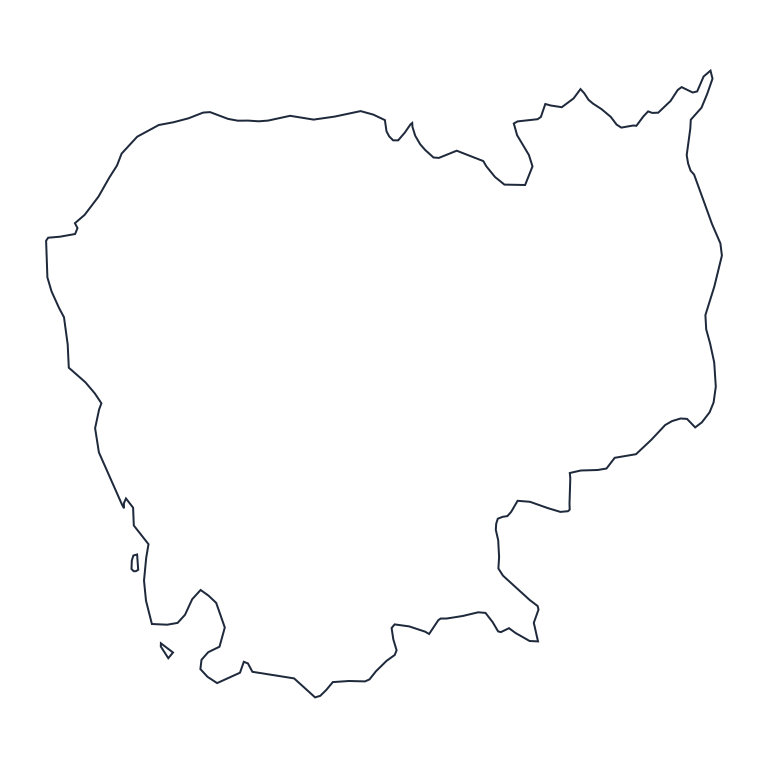 Cambodia, Robinson projection
{"feature_id": "KHM", "entity_name": "Cambodia", "entity_type": "country or territory", "adm_level": 0, "iso_a3": "KHM", "parent_name": "Asia", "parent_adm1": "", "projection": "robinson", "projection_center": [105.132, 12.558], "detail": "fine", "context": "isolated", "style": "outline", "palette": "slate", "viewbox_px": 768, "rotation_deg": 0, "n_neighbors": 0, "source": "natural_earth", "source_scale": "50m", "svg_char_len": 2749}
<svg xmlns="http://www.w3.org/2000/svg" viewBox="0 0 768 768"><path d="M710.5,70.6L712.5,78.7L707.2,93.9L701.5,107.7L690.8,119.7L690.3,128.6L686.7,155.1L688.1,163.5L690.6,170.7L694.1,174.6L703.5,200.5L712.0,224.0L720.4,243.4L721.9,255.6L714.3,286.6L705.4,315.1L706.2,329.3L710.1,343.5L714.2,362.4L715.8,386.7L713.6,402.4L709.6,412.3L701.9,422.3L695.2,427.4L687.0,418.9L680.6,418.5L672.0,421.1L665.2,425.0L651.3,439.8L636.0,454.2L614.7,457.8L606.5,468.5L597.6,470.0L580.8,470.5L569.8,473.0L570.3,478.4L569.5,503.7L569.7,509.6L568.0,511.2L560.4,511.9L547.5,508.0L530.0,501.8L517.6,500.8L511.2,511.8L507.4,516.1L502.7,516.8L497.8,518.7L496.2,523.7L495.8,529.8L498.2,540.3L499.1,557.1L498.4,568.5L503.0,575.7L529.7,600.0L537.6,606.0L538.5,609.6L533.8,622.8L538.0,641.4L529.6,641.0L515.7,633.1L509.0,628.2L500.9,632.1L498.1,631.4L492.7,622.2L485.5,612.9L478.2,612.3L462.6,616.0L446.8,618.5L440.7,618.5L438.3,620.2L429.1,634.0L425.2,631.7L409.2,626.4L394.6,624.4L391.6,628.0L393.3,639.3L396.6,650.3L394.7,655.0L386.6,660.8L376.0,671.2L369.5,679.4L365.0,681.4L348.9,681.0L332.8,682.1L326.4,689.8L320.3,695.8L315.1,697.4L294.1,678.4L252.4,671.8L247.9,663.4L243.8,661.8L240.0,672.7L217.1,683.1L207.5,676.8L200.4,669.1L201.5,659.8L208.2,652.2L219.5,646.7L224.8,627.5L216.2,602.9L208.6,595.7L200.6,590.0L192.2,599.2L185.0,614.8L177.6,622.9L167.2,624.7L151.9,624.0L146.0,600.7L144.0,580.6L146.2,557.8L148.5,544.2L133.8,525.5L133.1,507.7L126.0,498.5L123.9,503.2L124.0,508.3L122.0,504.6L98.9,452.4L95.1,428.2L99.1,409.5L101.4,403.3L94.8,393.4L85.4,382.3L68.8,367.7L67.7,344.6L64.0,317.3L59.1,308.1L51.5,291.3L47.4,277.4L46.1,240.7L48.2,237.7L60.0,236.7L75.1,234.0L77.5,228.1L74.9,223.2L84.6,214.9L98.5,196.6L109.3,177.6L117.0,165.5L121.6,153.6L137.2,136.7L158.8,125.0L173.3,122.3L188.5,118.3L203.1,112.6L210.0,112.1L228.1,118.9L237.8,120.7L248.1,120.6L258.7,121.3L268.0,120.6L290.1,115.8L313.6,119.6L334.6,116.6L360.6,111.1L373.3,114.6L384.9,120.1L386.5,131.3L389.2,136.4L393.1,140.3L398.2,140.3L404.9,132.5L410.4,124.5L412.2,123.0L412.5,127.0L415.2,135.7L420.2,144.3L425.2,150.0L433.5,157.5L438.9,157.9L456.7,150.7L483.3,161.1L486.4,166.4L495.0,177.0L504.4,184.6L525.1,185.0L532.5,166.4L528.9,155.0L517.1,135.2L513.8,123.5L517.6,121.4L537.6,119.2L540.9,116.9L545.3,104.0L550.7,105.5L561.8,107.2L573.6,98.4L580.5,89.1L584.3,93.3L588.5,99.8L593.0,103.6L601.5,109.1L610.8,116.9L616.6,124.6L621.3,127.6L633.2,125.5L636.4,125.8L643.3,116.5L648.1,111.4L652.2,112.9L658.2,112.7L670.6,100.9L677.7,90.0L681.6,87.1L692.7,92.5L697.2,91.4L703.6,76.5L710.5,70.6ZM138.2,569.8L135.9,571.2L133.7,571.2L131.5,569.0L131.8,560.6L133.4,555.5L137.1,554.5L138.2,569.8ZM173.0,652.5L168.3,658.2L160.8,646.5L160.9,643.3L173.0,652.5Z" fill="none" stroke="#1e293b" stroke-width="2"/></svg>